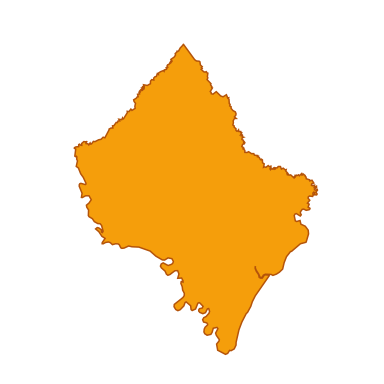 outline of Aguadulce, Coclé, Panama, rotated 31°
{"feature_id": "35544464B59836826406650", "entity_name": "Aguadulce", "entity_type": "district", "adm_level": 2, "iso_a3": "PAN", "parent_name": "Panama", "parent_adm1": "Coclé", "projection": "natural_earth1", "projection_center": [-80.598, 8.21], "detail": "fine", "context": "isolated", "style": "filled", "palette": "amber", "viewbox_px": 384, "rotation_deg": 31, "n_neighbors": 0, "source": "geoboundaries", "source_scale": "gbopen_adm2", "svg_char_len": 6017}
<svg xmlns="http://www.w3.org/2000/svg" viewBox="0 0 384 384"><g transform="rotate(31 192 192)"><path d="M74.0,221.7L74.5,220.9L75.2,221.2L76.2,223.2L77.8,224.3L79.6,229.7L82.2,229.9L87.2,233.7L91.3,235.5L96.6,239.1L97.0,239.9L96.7,240.6L92.3,241.8L91.6,242.6L91.6,243.8L92.4,245.2L98.4,249.7L100.0,253.6L100.8,253.3L102.7,250.1L105.7,248.3L109.6,250.5L109.4,254.5L108.3,257.7L109.6,259.2L112.6,260.7L115.3,265.6L116.5,266.2L120.4,266.2L123.5,267.7L127.5,267.6L129.6,266.5L131.8,267.3L136.0,271.4L136.1,272.9L135.2,273.0L133.7,271.1L130.6,270.8L129.1,271.3L128.4,273.3L132.6,274.0L137.6,276.4L141.4,276.5L141.1,281.5L141.6,282.6L142.5,282.2L143.9,279.8L146.1,277.9L148.0,277.5L150.9,278.1L153.2,275.7L155.3,274.6L156.7,274.6L159.7,276.5L160.9,276.4L162.7,275.0L165.5,270.9L168.7,269.9L174.8,266.6L186.5,264.2L194.0,265.6L201.5,265.5L203.6,264.4L205.4,260.8L209.1,259.5L211.8,261.1L212.2,262.6L211.8,264.4L209.4,267.3L203.8,267.6L202.7,269.5L203.1,271.8L204.8,272.8L209.7,273.7L212.4,275.6L214.2,275.8L215.6,274.1L217.9,268.3L220.2,266.8L223.0,269.0L224.2,273.3L227.4,271.1L230.0,272.7L230.7,273.9L229.1,274.0L228.9,274.4L229.6,276.1L232.4,278.2L234.5,280.9L237.6,282.8L238.7,284.8L238.6,287.0L234.7,297.5L235.7,299.6L238.6,301.1L241.0,301.0L242.5,299.0L243.7,293.9L243.0,290.3L243.6,289.2L249.4,290.2L251.8,293.3L253.2,293.5L255.3,290.5L254.3,284.3L255.1,283.2L256.0,283.1L260.4,284.3L260.5,286.3L258.5,288.1L258.5,289.6L259.1,290.6L260.7,291.2L264.0,290.7L265.7,288.5L265.4,284.2L266.3,283.3L268.6,285.3L269.0,287.3L268.2,291.5L266.8,293.7L266.9,296.0L268.9,297.5L272.0,296.6L273.5,297.2L273.8,298.0L272.9,301.1L273.1,303.2L274.3,305.8L275.9,306.9L278.7,307.0L281.5,304.3L281.5,301.9L280.4,297.8L283.2,295.2L284.6,295.8L284.9,300.8L286.8,302.4L291.5,304.5L291.9,305.8L291.4,309.7L295.5,314.4L304.3,313.9L305.7,312.0L305.8,308.4L307.2,307.9L309.0,304.8L308.6,300.6L307.2,298.1L303.2,285.9L301.7,277.6L301.1,268.3L301.6,266.6L301.3,259.8L300.2,254.9L299.7,248.3L301.3,224.0L300.5,223.8L297.4,225.3L296.8,226.3L296.6,229.6L295.3,230.5L293.6,230.6L291.6,228.5L288.2,227.0L285.7,225.2L284.7,223.7L284.6,222.9L285.3,224.4L287.2,225.9L291.6,228.1L294.5,230.2L296.1,228.9L296.0,226.5L297.2,224.7L302.3,221.9L304.3,221.8L306.7,218.8L308.2,215.8L309.4,211.4L307.4,205.2L306.3,198.8L307.1,192.4L307.9,191.6L311.6,180.5L315.6,176.4L315.5,175.6L313.5,167.9L311.3,164.9L306.7,163.0L301.9,163.5L299.3,160.8L296.9,163.4L295.4,163.5L291.7,159.5L291.7,157.8L292.5,156.8L297.2,156.8L297.4,155.3L295.7,154.2L295.2,153.1L295.4,150.1L296.6,149.1L299.3,148.9L301.5,146.9L301.8,145.7L301.5,145.2L299.3,145.2L298.7,142.1L296.7,142.1L297.2,138.4L294.8,137.6L294.2,136.5L294.7,135.0L297.7,133.7L297.6,132.7L296.2,130.7L296.5,129.3L297.5,129.5L298.4,131.4L300.3,130.3L300.3,129.3L298.3,128.3L298.6,125.8L298.1,125.3L297.1,126.7L295.8,127.0L295.6,125.8L296.6,124.2L295.7,122.9L294.3,125.0L293.5,123.0L291.8,124.7L290.9,124.7L290.4,123.3L291.8,121.6L288.8,120.1L287.2,121.8L286.5,121.0L283.1,121.8L282.0,120.4L281.0,120.3L280.5,119.6L278.8,119.4L277.8,120.6L277.6,119.7L277.1,120.3L276.5,119.7L275.6,122.8L274.5,122.4L273.9,123.5L272.8,123.8L272.8,124.6L272.0,124.6L272.4,125.4L271.9,125.3L271.7,126.4L272.5,126.5L272.3,127.4L267.8,126.5L266.5,127.6L265.2,127.0L265.4,127.7L264.9,128.1L263.9,127.3L263.9,126.4L261.7,125.8L261.2,124.3L260.6,125.0L257.9,124.6L256.8,126.3L254.7,124.6L252.8,125.7L252.5,127.5L250.6,128.6L251.5,129.2L251.2,129.8L249.8,128.9L249.3,130.0L249.7,130.7L248.1,131.2L247.8,132.5L246.9,132.0L247.1,130.3L246.3,129.2L245.3,130.5L243.7,130.1L242.7,132.7L241.0,133.2L240.6,133.9L239.4,130.7L237.4,130.6L235.8,128.2L234.7,128.1L234.6,128.9L234.0,129.0L231.7,127.7L230.1,128.0L230.2,127.2L229.5,127.5L229.3,127.0L226.6,128.3L225.2,127.3L223.2,128.5L219.8,128.3L218.8,129.8L216.9,130.8L215.8,129.1L214.4,128.7L214.1,128.0L213.5,128.6L212.9,127.4L211.3,127.4L210.8,125.1L212.0,123.8L211.9,122.5L211.1,122.1L210.8,122.9L209.4,121.2L207.8,121.3L207.1,119.7L208.0,118.5L207.1,118.7L206.0,117.4L205.4,118.3L204.9,117.3L204.2,118.0L204.0,115.5L202.9,115.7L202.6,115.1L200.9,116.0L199.9,114.8L199.7,116.3L199.2,116.8L197.9,116.5L197.1,115.1L194.7,114.7L194.2,113.7L192.5,113.5L191.8,111.3L190.7,109.9L190.5,108.0L190.7,107.1L192.0,106.2L189.7,105.8L190.0,103.6L189.5,102.3L187.9,101.0L185.1,101.1L182.5,100.2L181.5,98.7L180.0,98.8L179.5,97.2L178.4,97.0L175.9,93.4L174.9,93.3L174.8,92.3L174.0,92.9L171.4,90.9L169.6,94.4L167.1,94.9L161.1,93.5L159.6,97.3L157.9,97.8L157.1,96.8L155.9,96.5L155.9,92.3L155.0,92.3L154.8,91.5L152.7,90.6L152.5,89.4L147.0,87.9L146.8,86.0L145.8,85.3L144.4,82.0L143.8,82.2L142.2,81.5L141.5,82.5L140.1,82.9L136.6,82.1L137.1,80.8L135.9,80.4L136.2,79.3L133.8,78.8L131.7,76.3L130.8,76.2L128.3,77.4L126.1,77.2L108.1,69.6L108.7,70.2L107.7,74.7L107.9,78.1L106.6,79.1L107.0,79.7L106.3,82.0L107.3,83.1L107.3,85.3L105.6,89.2L107.5,90.1L107.3,91.9L106.5,90.9L106.5,94.5L105.6,95.6L105.7,96.9L106.9,97.5L105.9,98.8L106.9,99.2L106.9,100.0L105.5,101.5L105.9,102.9L105.0,102.6L103.1,105.0L101.9,107.5L102.6,108.5L101.3,108.4L101.9,111.3L100.9,112.3L100.5,114.1L101.6,115.7L99.6,116.4L99.3,118.3L100.6,120.6L98.8,123.7L95.3,125.0L96.1,125.7L95.4,127.2L96.1,127.9L95.5,128.5L96.7,128.6L96.6,127.4L97.1,126.8L97.8,128.3L97.1,129.3L97.2,130.4L96.6,130.7L96.0,129.6L95.6,130.0L95.1,132.6L95.6,133.2L96.1,132.9L96.1,133.7L95.4,134.0L96.5,135.0L95.0,136.3L96.8,138.0L96.1,138.5L95.9,140.4L94.5,143.0L95.8,144.3L97.9,145.1L98.9,148.0L100.2,149.6L98.5,153.0L96.9,152.4L96.6,155.5L94.9,156.2L95.7,157.3L95.6,164.6L95.0,165.0L94.3,164.4L94.5,166.2L91.8,167.3L93.4,168.3L92.0,169.3L92.3,170.9L91.2,171.4L90.9,175.3L89.8,176.2L91.2,177.9L89.6,178.9L88.5,180.8L88.9,181.5L89.4,190.4L87.6,190.8L86.9,193.7L85.1,195.3L82.9,198.8L81.4,199.4L81.1,202.5L80.5,203.1L79.4,202.4L79.3,204.8L78.0,204.3L76.2,205.1L75.7,204.4L76.1,202.5L75.4,203.5L73.3,204.5L72.4,207.3L73.5,208.8L72.6,209.2L70.8,209.0L70.5,209.8L71.5,211.5L69.3,213.1L68.4,214.5L68.6,215.1L70.2,215.1L73.1,221.6L74.0,221.7Z" fill="#f59e0b" stroke="#b45309" stroke-width="1.5"/></g></svg>